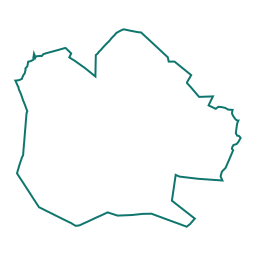 the district of Bella Vista, Chiapas, Mexico
{"feature_id": "50627088B83427563919964", "entity_name": "Bella Vista", "entity_type": "district", "adm_level": 2, "iso_a3": "MEX", "parent_name": "Mexico", "parent_adm1": "Chiapas", "projection": "albers", "projection_center": [-92.25, 15.623], "detail": "fine", "context": "isolated", "style": "outline", "palette": "teal", "viewbox_px": 256, "rotation_deg": 0, "n_neighbors": 0, "source": "geoboundaries", "source_scale": "gbopen_adm2", "svg_char_len": 3072}
<svg xmlns="http://www.w3.org/2000/svg" viewBox="0 0 256 256"><path d="M139.2,32.3L137.7,32.1L135.0,31.6L132.4,31.1L130.3,30.7L129.7,30.6L128.9,30.4L125.5,29.7L123.6,29.3L121.9,30.0L120.5,30.7L118.4,31.8L117.1,32.6L116.5,32.8L116.4,32.9L116.1,33.2L114.8,34.8L111.0,38.7L111.0,38.8L110.8,39.1L110.6,39.4L108.9,41.4L106.0,44.2L103.0,47.4L101.0,49.8L98.7,52.0L98.2,52.7L98.2,52.8L97.8,53.4L95.8,55.1L95.4,76.5L84.0,67.3L83.9,67.3L73.9,60.2L73.3,59.9L72.3,59.3L69.3,57.4L71.2,53.4L69.6,51.9L65.7,48.1L65.1,48.0L57.4,50.2L46.7,53.1L43.4,54.1L41.7,56.1L40.6,55.9L40.1,55.8L38.9,56.1L37.4,56.1L36.3,56.4L35.9,56.7L35.5,57.3L35.3,57.7L34.6,55.1L34.0,53.7L33.7,55.9L33.7,56.2L33.6,56.4L33.3,57.8L33.6,59.1L33.4,59.7L31.9,60.5L31.2,60.9L30.3,61.2L28.2,61.7L27.3,66.4L26.9,66.8L26.6,67.2L26.3,67.6L25.6,68.1L25.4,68.5L25.4,68.9L25.6,69.6L24.8,73.0L24.5,73.6L24.4,73.8L23.6,74.8L23.1,75.7L22.3,77.7L22.2,77.8L21.9,78.9L19.2,80.1L17.2,80.4L15.4,80.6L15.7,81.1L15.9,81.6L16.4,82.9L16.9,84.0L18.1,86.6L18.3,86.7L18.7,88.7L18.7,88.9L19.2,90.1L19.8,91.4L20.8,93.7L20.9,93.9L21.2,94.8L22.1,97.4L22.9,99.8L23.0,100.1L25.0,105.0L26.1,108.1L26.5,109.2L27.3,111.2L26.6,113.0L26.5,114.0L26.3,116.2L26.1,118.5L25.9,120.8L25.7,123.1L25.7,123.9L25.5,125.4L25.5,126.3L25.4,127.3L25.2,129.3L24.8,134.2L24.6,137.0L24.4,139.2L24.1,143.3L23.9,144.7L23.8,146.6L23.6,148.4L23.1,155.1L23.0,155.4L22.7,156.0L22.0,157.2L20.6,161.5L19.6,164.4L18.4,168.5L17.0,173.3L18.5,175.7L22.9,182.4L26.9,188.6L29.6,192.7L33.1,198.2L37.1,204.3L39.0,207.2L43.7,209.5L43.8,209.6L47.4,211.4L49.5,212.4L51.0,213.2L52.1,213.7L56.0,215.7L57.9,216.6L65.3,220.3L65.8,220.5L67.5,221.4L68.4,221.8L69.6,222.4L71.4,223.2L72.2,223.8L72.5,224.0L74.4,225.1L75.6,225.8L75.8,225.8L78.1,225.6L79.6,225.3L80.1,225.1L83.7,223.4L85.7,222.5L88.4,221.3L89.8,220.6L90.9,220.1L92.0,219.6L93.5,218.9L96.0,217.7L98.9,216.4L99.2,216.3L101.1,215.4L102.9,214.6L104.8,213.7L105.5,213.4L107.6,212.4L112.0,213.8L117.6,215.6L132.1,215.0L142.5,213.9L151.4,213.7L172.8,221.6L177.8,223.4L182.6,225.2L186.7,226.7L190.0,224.1L194.8,218.6L171.9,200.7L175.7,174.9L179.5,176.6L198.3,178.8L222.4,180.5L221.0,177.3L220.6,176.5L220.7,176.0L220.9,175.2L221.9,171.6L225.0,168.5L225.7,167.7L225.8,167.2L226.1,166.8L226.4,166.0L226.7,165.4L227.0,164.6L227.3,163.9L228.1,162.1L228.4,161.4L228.7,160.7L229.0,160.0L229.2,159.5L229.5,158.8L229.8,158.1L230.1,157.4L230.4,156.7L230.9,155.5L231.5,154.2L231.8,153.4L232.2,152.5L232.6,151.5L233.1,150.3L231.9,148.7L232.4,146.8L233.5,145.0L236.5,144.1L238.2,142.2L240.6,138.0L239.3,136.2L238.2,135.8L237.1,135.6L235.8,133.1L236.2,130.4L236.7,126.5L237.2,123.6L237.2,123.4L238.4,120.5L237.3,120.5L236.5,120.0L235.9,119.7L235.0,118.6L234.6,118.0L233.9,117.0L233.1,115.9L232.6,114.9L232.0,113.4L232.4,110.6L232.6,109.9L228.2,109.6L225.2,107.9L221.6,107.1L218.4,106.8L215.7,108.8L208.6,105.4L208.8,104.9L212.9,96.4L199.1,96.9L196.2,93.5L193.7,90.6L190.9,87.3L187.1,83.2L187.0,82.3L191.2,75.1L174.5,61.6L168.7,61.6L167.8,57.3L154.4,44.8L141.0,32.4L140.4,32.4L140.2,32.3L139.2,32.3Z" fill="none" stroke="#0f766e" stroke-width="2"/></svg>